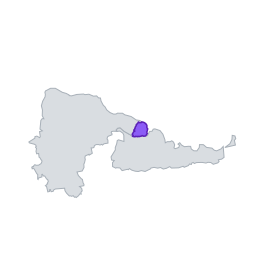 Uruguay highlighted, Mercator projection, rotated 257°
{"feature_id": "URY", "entity_name": "Uruguay", "entity_type": "country or territory", "adm_level": 0, "iso_a3": "URY", "parent_name": "South America", "parent_adm1": "", "projection": "mercator", "projection_center": [-56.018, -32.517], "detail": "fine", "context": "with_neighbors", "style": "filled", "palette": "violet", "viewbox_px": 256, "rotation_deg": 257, "n_neighbors": 2, "source": "natural_earth", "source_scale": "50m", "svg_char_len": 4934}
<svg xmlns="http://www.w3.org/2000/svg" viewBox="0 0 256 256"><g transform="rotate(257 128 128)"><path d="M87.2,218.0L89.7,223.7L93.4,226.7L97.4,227.9L96.2,230.4L93.4,230.6L92.0,228.9L87.2,228.8L87.2,218.0ZM118.7,131.0L117.2,137.1L117.2,140.5L116.6,141.3L116.2,145.3L119.8,148.3L119.4,150.7L121.2,152.3L121.1,154.0L118.3,158.6L114.1,160.6L108.3,161.3L105.2,161.0L105.8,163.2L105.2,166.0L105.7,167.8L104.0,169.2L101.1,169.7L98.3,168.3L97.2,169.3L97.6,173.1L99.6,174.3L101.1,173.1L102.0,175.1L99.4,176.3L97.1,178.7L96.6,182.7L96.0,184.9L93.3,184.9L91.0,187.0L90.2,190.0L93.0,193.1L95.7,193.9L94.8,197.7L91.4,200.2L89.5,205.3L86.9,207.1L85.8,209.2L86.7,213.9L88.6,216.6L77.8,215.0L76.6,212.3L76.7,208.9L74.8,209.2L73.8,207.6L73.5,202.9L75.7,201.0L76.6,198.2L76.3,196.1L77.8,192.5L78.9,187.0L78.5,184.6L79.8,183.8L79.5,182.3L78.2,181.5L79.1,179.9L77.8,178.4L77.1,173.9L78.3,173.1L77.8,168.4L79.2,161.3L81.0,160.0L80.1,156.4L80.1,153.1L82.2,150.8L82.2,147.9L83.8,144.5L83.8,141.3L83.1,140.7L81.8,134.9L83.5,131.4L83.3,128.2L84.3,125.3L86.1,122.2L88.2,120.2L87.3,119.0L87.9,118.0L87.8,112.7L90.9,111.1L91.9,107.9L91.6,107.1L93.9,104.3L97.7,105.1L99.4,107.3L100.5,104.8L103.7,105.0L109.5,110.7L111.8,111.2L115.3,113.5L118.2,114.7L118.6,116.1L115.8,121.0L121.9,122.3L124.2,121.8L126.8,119.4L127.2,116.5L128.7,115.9L130.1,117.8L130.0,120.3L125.7,123.4L118.7,131.0Z" fill="#d9dde1" stroke="#a8b0b8" stroke-width="1"/><path d="M130.8,143.0L130.0,141.1L131.3,139.5L129.6,137.2L124.4,133.2L123.4,133.3L120.5,130.7L118.7,131.0L125.7,123.4L130.0,120.3L130.1,117.8L128.7,115.9L127.2,116.5L128.2,112.9L128.2,111.1L127.2,110.6L126.1,111.1L125.0,110.9L124.4,106.9L123.9,106.0L122.0,105.1L120.8,105.7L117.8,105.1L118.0,101.0L117.1,99.3L118.0,98.6L117.7,96.9L118.5,95.6L119.0,93.2L118.4,91.3L116.8,90.5L116.5,89.3L116.9,87.6L111.4,87.5L110.3,84.0L111.2,84.0L110.4,80.1L108.8,79.3L107.0,79.3L103.9,77.8L102.7,76.8L99.5,76.3L96.4,73.7L96.6,68.4L92.9,68.9L88.9,71.2L88.2,72.0L84.6,71.9L83.0,72.4L81.7,72.0L81.9,67.6L79.6,69.3L77.0,69.2L76.0,67.7L74.1,67.5L74.7,66.3L73.1,64.5L71.9,61.9L72.6,61.4L72.6,60.2L74.4,59.4L74.1,57.8L74.8,56.8L75.0,55.5L78.3,53.5L81.0,52.5L83.6,52.7L84.9,43.6L84.5,41.9L83.2,40.9L83.2,38.8L84.9,38.3L85.4,38.6L85.5,37.5L83.8,37.2L83.8,35.5L89.4,35.5L90.3,34.5L91.7,37.1L92.2,36.8L93.8,38.3L96.0,38.1L96.6,37.2L99.9,36.1L100.2,34.9L102.2,34.1L102.1,33.5L99.7,33.2L99.4,29.5L98.1,28.8L98.6,28.5L103.0,29.6L103.9,28.9L109.1,27.4L110.2,26.3L109.8,25.5L111.3,25.4L111.9,26.0L111.6,27.3L112.5,27.7L113.2,29.0L112.4,30.0L111.9,32.5L112.9,35.3L114.6,36.6L116.0,36.7L116.4,36.2L118.6,35.6L119.5,34.8L123.3,35.2L123.4,33.2L125.9,33.1L128.8,34.3L129.7,33.6L130.3,33.7L130.7,34.5L132.1,34.3L133.2,33.2L135.7,28.5L136.7,28.3L139.0,34.9L140.5,35.4L140.6,37.4L138.5,39.7L139.3,40.6L144.4,41.0L144.5,43.9L146.7,42.0L155.0,44.8L156.4,46.5L155.9,48.1L159.3,47.2L164.8,48.7L169.1,48.6L173.3,50.9L177.0,54.2L179.2,55.0L181.6,55.1L182.7,56.0L184.1,61.4L183.0,66.2L177.5,72.1L175.7,75.4L173.5,78.0L172.8,78.0L172.0,80.2L172.2,85.7L171.1,92.3L170.2,93.5L169.7,97.5L166.8,101.5L166.3,104.7L164.0,106.0L163.4,107.9L160.3,107.8L155.8,109.0L153.7,110.4L150.5,111.3L147.2,113.8L144.8,117.0L144.3,119.4L144.8,121.1L143.6,126.0L141.6,127.8L138.5,133.6L134.0,137.8L132.7,141.1L130.8,143.0Z" fill="#d9dde1" stroke="#a8b0b8" stroke-width="1"/><path d="M130.8,142.9L130.7,143.1L130.5,143.3L130.4,143.9L129.8,144.7L129.6,145.1L129.0,145.6L128.5,146.1L128.2,146.1L128.0,146.4L126.4,147.0L125.9,146.9L125.5,146.9L125.1,146.6L124.2,146.5L123.7,146.6L123.0,147.0L122.8,147.0L122.6,146.9L122.2,146.8L122.0,146.5L120.9,146.2L120.0,145.4L118.9,145.4L118.1,145.5L118.0,145.4L117.9,145.2L117.7,144.9L117.0,144.2L116.4,143.5L116.3,142.8L116.4,142.1L116.6,141.3L116.6,141.0L116.8,140.9L117.0,140.8L117.2,140.6L117.3,140.3L117.4,140.0L117.2,139.6L117.1,138.9L117.0,138.6L117.2,138.1L117.2,137.8L117.1,137.6L117.1,137.4L117.1,137.2L117.1,136.7L117.3,136.4L117.5,136.2L117.6,135.9L117.6,135.7L117.6,135.4L117.4,135.3L117.5,135.0L117.7,134.6L117.9,134.3L118.0,134.0L118.0,133.7L117.9,133.6L117.9,133.4L118.1,133.4L118.1,133.2L118.1,132.7L118.0,132.3L118.1,132.0L118.4,131.6L118.6,131.3L118.6,131.1L118.7,130.9L118.9,131.2L119.4,131.3L119.8,131.3L119.9,131.2L120.1,130.8L120.4,130.7L120.6,130.7L120.9,130.7L121.2,130.9L122.1,131.8L122.8,132.4L123.0,132.7L123.2,132.9L123.3,133.1L123.3,133.6L123.3,133.8L123.7,133.9L123.9,133.8L124.0,133.6L124.3,133.4L124.4,133.2L124.6,133.2L124.9,133.5L125.1,133.8L125.2,134.0L125.3,134.1L125.4,134.3L125.7,134.6L125.9,134.7L126.1,134.6L126.5,135.0L127.3,135.3L127.5,135.5L128.0,136.1L128.4,136.5L128.7,136.7L129.1,136.8L129.3,136.8L129.4,137.0L129.6,137.1L129.7,137.3L129.9,137.6L130.0,138.0L130.2,138.4L130.5,138.7L130.8,139.0L131.2,139.1L131.4,139.3L131.5,139.5L131.3,139.8L131.0,140.1L130.8,140.4L130.5,140.6L130.4,140.8L130.4,141.0L130.4,142.1L130.3,142.5L130.6,142.8L130.8,142.9Z" fill="#8b5cf6" stroke="#5b21b6" stroke-width="1.5"/></g></svg>